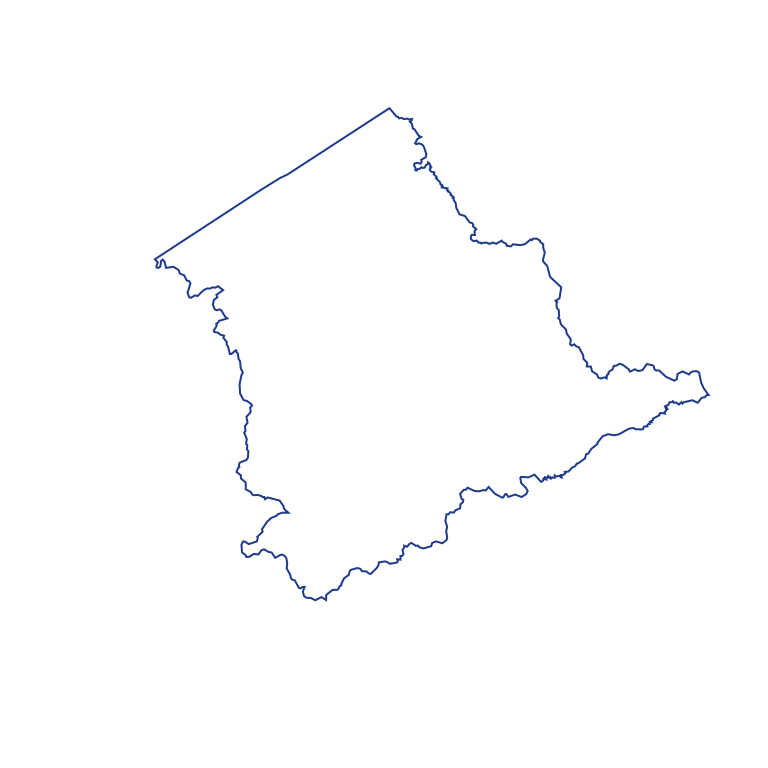 Carabaya, Puno, Peru (Mercator projection), rotated 310°
{"feature_id": "86281439B63963563505699", "entity_name": "Carabaya", "entity_type": "district", "adm_level": 2, "iso_a3": "PER", "parent_name": "Peru", "parent_adm1": "Puno", "projection": "mercator", "projection_center": [-70.113, -13.816], "detail": "fine", "context": "isolated", "style": "outline", "palette": "blue", "viewbox_px": 768, "rotation_deg": 310, "n_neighbors": 0, "source": "geoboundaries", "source_scale": "gbopen_adm2", "svg_char_len": 6154}
<svg xmlns="http://www.w3.org/2000/svg" viewBox="0 0 768 768"><g transform="rotate(310 384 384)"><path d="M511.1,605.9L515.7,611.5L518.5,610.5L520.8,613.0L521.3,612.2L523.4,612.3L524.2,613.3L525.5,612.1L526.6,613.4L526.8,612.3L529.2,613.2L530.4,612.3L537.1,615.1L538.2,614.2L539.6,614.4L542.0,618.3L542.7,617.0L544.9,617.2L545.7,616.4L547.0,617.3L548.0,614.6L546.9,614.9L547.4,613.6L550.9,615.3L553.5,614.4L555.2,616.2L556.5,616.3L556.0,618.2L557.6,619.7L557.8,623.1L561.2,623.5L560.8,625.2L562.6,625.3L569.7,630.6L571.3,636.4L577.7,636.2L580.0,638.2L583.2,638.4L584.2,639.7L586.2,631.7L589.1,625.8L595.3,618.1L595.0,615.6L592.4,612.7L589.9,611.5L587.4,611.6L585.5,604.6L580.4,602.4L575.9,605.2L573.2,604.3L570.8,595.4L571.2,585.9L569.3,583.9L569.2,581.6L570.9,579.4L571.0,577.7L568.2,572.5L560.7,573.1L557.3,570.3L556.5,566.7L551.6,564.5L552.6,561.8L552.4,558.4L552.2,554.6L550.8,551.3L547.6,550.3L545.5,548.5L541.6,549.7L539.6,548.8L537.1,548.6L535.8,549.7L534.3,548.9L531.4,550.9L531.2,549.0L527.4,546.3L526.7,543.9L528.2,541.3L527.5,535.2L530.3,531.3L527.8,528.1L531.0,526.0L531.4,520.7L534.0,518.2L537.4,509.7L536.4,507.0L536.7,504.2L534.1,503.2L534.0,501.1L538.2,498.5L540.2,491.4L542.7,488.5L543.5,481.0L546.4,477.1L546.5,475.0L548.4,474.7L552.9,470.4L553.4,467.4L556.9,464.1L558.1,464.1L558.1,461.9L562.4,463.4L572.0,457.6L572.8,442.3L579.3,433.2L580.2,427.2L581.3,426.0L588.0,422.7L590.7,418.4L593.4,416.1L593.2,412.5L594.1,411.5L593.6,407.8L591.1,404.7L589.2,404.8L588.9,403.4L581.8,402.1L578.0,399.2L573.9,393.0L570.9,392.7L568.8,389.2L570.0,387.7L569.1,383.7L569.5,382.0L563.5,379.8L562.2,376.3L559.2,374.9L558.5,372.2L555.9,369.1L554.2,368.3L554.4,367.3L553.0,365.4L553.5,362.8L551.3,361.1L550.7,359.4L551.2,357.0L553.2,355.5L554.8,355.5L556.6,357.9L559.1,355.2L562.0,355.1L561.9,350.8L563.5,350.0L563.9,348.0L562.8,345.8L564.7,337.9L562.5,332.8L565.4,326.2L568.6,322.7L569.9,318.9L571.7,317.5L570.9,316.6L571.9,316.1L571.7,313.4L572.5,313.2L573.1,311.2L572.7,309.7L573.3,309.0L572.7,308.8L573.6,306.4L574.5,306.5L571.8,302.0L573.2,301.7L572.8,300.8L573.8,300.3L573.3,298.9L574.6,297.1L575.1,291.6L576.0,291.9L576.5,290.9L576.6,287.3L578.5,286.5L577.0,283.8L577.2,282.1L577.7,281.1L580.3,280.9L580.0,279.8L581.1,279.4L582.3,276.4L582.1,275.4L581.0,276.4L579.0,275.4L575.9,276.1L574.3,274.7L574.2,273.4L571.4,272.9L570.2,271.6L568.8,272.0L567.9,270.6L569.6,269.5L570.8,266.4L572.6,265.7L574.4,266.8L576.4,270.5L578.5,270.0L579.5,268.4L584.6,270.2L587.2,268.8L591.2,262.3L592.0,259.5L590.9,256.1L588.4,254.6L588.4,253.1L593.2,252.1L597.1,253.6L596.5,251.0L598.7,243.9L598.3,241.8L601.2,238.2L601.6,235.2L603.0,235.8L605.0,235.1L602.7,233.1L602.4,231.4L599.8,229.1L599.0,226.2L597.2,224.8L597.7,223.0L596.9,221.8L598.8,210.9L482.5,175.4L474.9,171.9L454.0,165.1L332.3,128.3L331.8,132.5L328.2,133.7L327.1,135.1L328.3,136.7L330.1,137.2L334.9,134.2L337.0,134.5L336.9,136.7L332.9,142.4L338.4,147.4L339.3,153.3L337.4,156.6L338.8,161.1L336.5,166.3L337.6,168.5L336.6,171.1L327.5,174.9L325.2,179.3L326.1,180.7L330.5,182.3L331.4,184.6L340.3,185.6L343.6,187.2L345.0,189.1L348.1,190.8L349.3,192.8L352.2,194.0L352.5,200.4L344.6,198.3L343.3,200.6L339.0,199.7L334.9,201.8L332.4,206.4L332.9,208.4L335.4,210.0L335.9,212.0L333.5,218.7L333.5,221.8L326.3,217.0L324.0,217.4L322.3,216.7L321.3,218.3L315.2,219.4L314.8,220.7L316.7,224.1L316.5,226.7L318.2,230.4L316.1,231.3L315.2,236.4L313.1,238.1L312.4,240.6L307.9,246.6L309.0,247.8L314.5,248.7L314.7,249.5L313.4,250.9L313.3,252.7L309.9,256.2L308.9,259.1L304.1,264.0L301.9,268.6L299.4,269.0L290.9,273.6L284.2,279.9L281.4,286.6L283.0,290.3L283.2,295.6L282.5,296.8L280.1,296.5L276.6,300.0L270.4,299.7L266.6,304.4L262.3,304.6L258.8,308.2L256.8,308.2L253.6,314.3L249.5,316.8L249.3,318.6L245.8,321.0L245.4,323.2L240.3,327.0L237.5,327.5L230.9,324.0L228.3,325.2L227.3,326.7L225.7,326.2L221.8,327.6L222.1,333.0L219.7,335.1L219.6,341.4L214.5,345.8L215.6,351.6L214.6,354.2L214.9,355.5L217.8,358.5L219.5,362.2L219.3,363.7L220.5,365.0L219.3,367.0L222.3,367.8L227.6,378.9L226.0,385.0L224.1,388.0L223.9,393.5L220.1,388.8L215.8,386.3L214.3,386.5L208.8,383.7L203.2,383.0L194.3,383.9L192.9,385.9L185.4,385.2L185.1,386.2L181.7,387.8L174.4,383.3L173.9,378.7L172.7,377.2L169.3,378.1L163.7,383.5L164.0,387.9L163.0,389.7L165.2,391.9L170.1,393.5L172.6,397.3L178.1,397.0L180.3,398.5L181.2,403.7L182.7,406.2L180.9,412.4L186.8,414.6L188.0,416.0L188.4,418.7L187.9,421.0L184.7,424.9L180.1,428.1L177.6,434.8L175.4,437.4L175.2,439.7L176.2,441.9L173.1,450.0L173.9,451.5L176.1,452.1L177.5,453.6L172.8,455.3L170.1,459.1L170.4,461.9L173.1,465.6L174.2,470.4L180.6,473.1L181.3,478.5L185.4,475.3L193.2,477.0L196.1,480.3L197.5,480.8L200.9,480.0L202.3,480.8L203.4,479.8L209.5,478.3L215.0,479.7L219.1,477.9L220.8,478.3L225.9,481.9L227.2,484.7L226.4,487.4L229.1,490.9L229.1,494.3L230.0,495.9L238.4,496.7L241.7,496.2L244.0,494.7L248.4,498.4L249.5,500.4L250.1,504.1L255.5,508.7L256.9,508.6L258.2,506.8L260.0,509.6L262.9,507.2L264.2,508.5L266.3,508.2L268.7,504.9L271.9,504.5L273.1,503.4L274.2,506.3L278.2,506.3L279.9,507.3L280.5,512.5L282.0,513.8L281.6,515.7L283.4,519.9L290.1,524.4L293.1,523.1L296.9,525.0L299.4,531.0L304.5,532.2L306.8,531.3L311.4,526.1L315.2,524.2L318.5,519.1L324.4,515.6L325.5,517.1L328.4,517.2L330.4,520.2L333.0,519.8L337.7,522.2L341.0,519.9L344.2,520.4L346.2,519.3L345.9,517.3L348.7,512.9L354.2,513.1L355.9,514.8L358.3,514.6L360.2,522.0L362.9,525.8L366.5,528.2L367.9,530.4L372.4,530.3L371.2,539.6L372.9,547.4L373.7,548.3L377.2,547.6L378.3,548.2L377.5,551.9L383.6,555.5L385.9,562.1L391.0,563.7L394.4,562.9L395.7,559.2L396.3,552.7L399.7,548.8L400.8,548.6L405.5,554.8L411.3,557.5L410.0,567.2L412.2,568.0L413.8,567.0L414.6,568.7L415.2,566.5L415.7,568.9L416.3,567.8L416.9,569.1L418.9,568.9L418.2,570.3L418.7,572.2L419.6,571.5L419.6,572.9L420.7,573.1L421.9,575.0L423.7,573.7L423.6,575.2L426.9,577.7L426.1,579.1L426.6,580.3L428.1,578.2L429.2,579.5L432.0,580.4L432.9,579.0L435.5,581.6L440.8,581.8L444.0,583.3L447.0,582.8L447.8,583.7L456.1,585.8L460.2,584.0L461.9,585.2L467.7,584.5L475.4,586.1L476.2,585.2L484.5,585.1L489.6,587.9L492.4,592.9L496.2,596.2L507.3,600.4L510.6,603.3L511.1,605.9Z" fill="none" stroke="#1e3a8a" stroke-width="2"/></g></svg>